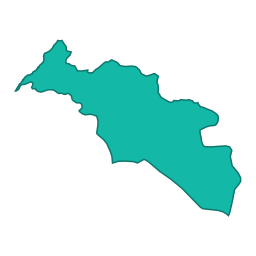 the district of Dar'a, Dar`a, Syria
{"feature_id": "27442178B67726505950673", "entity_name": "Dar'a", "entity_type": "district", "adm_level": 2, "iso_a3": "SYR", "parent_name": "Syria", "parent_adm1": "Dar`a", "projection": "robinson", "projection_center": [36.022, 32.622], "detail": "fine", "context": "isolated", "style": "filled", "palette": "teal", "viewbox_px": 256, "rotation_deg": 0, "n_neighbors": 0, "source": "geoboundaries", "source_scale": "gbopen_adm2", "svg_char_len": 4540}
<svg xmlns="http://www.w3.org/2000/svg" viewBox="0 0 256 256"><path d="M61.9,40.4L60.8,40.9L57.7,40.5L56.8,42.3L55.4,43.8L54.0,45.1L53.9,45.4L53.8,45.5L53.7,45.8L53.6,46.0L53.5,46.3L53.4,46.3L53.4,46.5L53.2,46.6L53.2,46.8L53.0,47.0L52.9,47.2L52.8,47.4L52.8,47.5L52.7,47.6L52.5,47.9L52.4,48.0L52.1,48.3L52.0,48.6L51.9,48.7L51.8,48.8L51.7,48.9L51.6,49.0L51.4,49.2L51.3,49.4L51.2,49.5L50.9,49.8L50.7,49.9L50.6,50.1L50.4,50.2L50.3,50.3L50.1,50.5L49.8,50.7L49.6,50.9L49.5,51.0L49.4,51.1L49.2,51.2L49.0,51.3L48.9,51.4L48.8,51.5L48.6,51.6L48.4,51.7L48.1,51.8L47.9,51.9L47.7,52.1L47.4,52.2L47.2,52.3L46.8,52.5L46.5,52.6L46.2,52.7L46.0,52.8L45.8,52.9L45.6,52.9L45.4,53.0L45.2,53.0L44.1,54.3L43.5,56.4L43.5,56.6L43.7,56.9L43.9,57.4L43.9,57.6L43.9,58.4L43.9,58.6L43.8,58.9L43.8,59.1L43.8,59.3L44.0,59.7L44.0,60.0L43.8,61.0L43.4,61.5L43.1,61.8L43.0,62.0L42.9,62.1L43.0,62.3L43.0,62.5L42.8,62.8L42.6,63.0L42.4,63.1L42.2,63.3L42.0,63.2L41.9,63.3L41.8,63.7L41.0,64.1L40.8,64.5L40.7,64.7L40.5,64.8L40.2,64.9L39.9,65.1L39.7,65.4L39.7,65.6L39.0,66.3L38.9,66.5L39.1,67.0L39.1,67.3L38.8,67.5L38.7,67.6L38.4,67.4L38.2,67.2L37.8,67.3L37.7,67.5L37.8,67.8L37.8,68.1L37.7,68.2L37.6,68.3L37.5,68.5L37.3,68.7L37.1,68.8L36.9,68.9L36.8,69.0L37.0,69.3L37.1,69.5L36.8,69.7L36.7,69.6L36.4,69.8L36.4,70.0L36.2,70.3L35.9,70.5L35.7,70.6L35.4,70.5L35.0,70.7L34.9,70.9L34.8,71.2L34.5,71.2L34.0,71.6L33.1,71.9L32.9,72.1L32.7,72.4L32.6,72.6L32.6,72.9L32.6,73.1L32.7,73.3L32.6,73.5L32.3,73.7L31.8,73.9L31.3,73.8L31.0,74.0L30.8,74.2L30.6,74.6L30.1,75.0L29.5,75.0L28.6,74.9L27.9,75.0L27.4,75.5L26.4,75.9L26.2,76.2L26.0,76.7L25.0,77.1L24.8,77.3L24.4,78.0L24.0,78.4L23.9,78.7L23.8,79.0L23.7,79.2L23.7,79.5L23.5,79.8L23.3,79.8L23.0,79.7L22.8,79.7L22.8,80.0L22.8,80.4L22.9,80.8L22.7,81.0L22.1,81.2L21.9,81.2L21.7,81.5L21.5,81.8L21.1,82.9L20.3,83.5L19.6,83.9L19.3,84.4L16.2,89.6L15.4,91.0L16.0,91.0L17.9,89.9L19.2,88.4L20.0,86.5L20.3,85.9L21.7,84.7L24.6,84.3L25.7,84.0L30.8,81.8L32.6,82.8L32.8,83.9L33.0,84.6L31.6,87.4L32.5,88.9L33.0,88.8L35.2,88.5L36.0,90.0L37.8,91.3L38.5,91.5L40.3,92.0L42.0,91.9L43.6,91.3L47.9,89.8L52.5,89.8L54.8,90.7L57.1,92.6L59.0,93.5L59.3,93.4L61.2,93.1L64.4,94.4L66.0,94.2L67.3,93.5L69.0,93.7L71.4,95.9L72.2,99.5L73.2,100.7L76.4,102.8L79.7,102.9L81.1,103.7L82.0,105.0L82.1,107.9L79.1,110.7L79.4,111.5L82.1,113.6L85.1,114.8L89.9,114.3L92.5,114.6L96.1,115.9L96.2,116.0L97.1,117.2L98.0,121.1L97.9,125.1L96.7,133.1L97.2,134.1L99.6,136.2L103.5,139.5L106.8,143.6L110.8,152.6L112.0,156.8L112.5,163.1L118.2,161.3L121.6,161.2L123.6,161.1L124.7,161.1L133.5,161.6L137.3,163.0L139.0,162.1L143.6,159.5L145.0,159.6L148.5,161.8L155.4,167.7L159.8,171.5L160.3,171.8L170.6,179.0L174.9,182.5L182.1,188.4L192.4,199.0L200.2,207.0L202.8,208.7L218.0,210.4L222.7,211.7L226.3,213.7L228.4,215.6L229.2,214.1L230.0,211.6L230.6,208.6L231.2,206.4L232.4,200.9L232.7,199.4L233.5,194.8L234.1,192.6L234.4,190.2L235.2,188.7L238.9,184.2L240.6,181.4L240.6,178.8L240.4,177.4L239.3,175.1L238.0,172.8L232.2,165.8L231.8,163.9L230.8,159.0L230.3,156.6L231.8,150.3L229.6,146.9L225.8,145.9L222.3,146.1L218.0,146.4L210.8,146.9L206.2,146.7L203.7,146.3L202.5,144.1L201.4,140.8L201.3,138.7L200.1,133.1L200.0,130.0L206.3,126.9L209.0,126.0L214.9,125.3L216.6,124.0L218.0,121.1L218.3,118.7L218.0,115.7L215.7,113.4L211.8,110.8L208.2,109.5L205.6,108.4L203.3,107.4L200.6,106.8L198.6,104.5L197.9,102.7L197.4,103.0L194.3,103.0L192.1,100.6L190.5,100.4L188.9,99.6L188.7,99.6L186.9,100.2L180.7,99.7L178.6,100.9L173.8,100.5L173.6,100.7L172.6,102.1L171.0,102.4L169.0,101.9L164.3,99.3L160.8,97.0L158.9,93.5L158.0,92.6L158.0,92.4L158.1,92.1L158.1,91.9L158.2,91.7L158.2,91.4L158.2,91.2L158.3,91.1L158.3,90.9L158.3,90.7L158.3,90.4L158.4,90.2L158.4,89.9L158.4,89.7L158.4,89.3L158.4,89.2L158.4,88.8L158.4,88.7L158.4,88.4L158.4,88.2L158.4,87.9L158.4,87.6L158.3,87.3L158.3,87.1L158.3,86.9L158.2,86.7L158.2,86.4L158.1,86.1L158.1,85.8L158.1,85.7L158.0,85.3L158.0,85.2L157.9,85.0L157.9,84.8L157.8,84.7L157.7,84.4L157.6,84.1L157.6,83.9L157.5,83.7L157.4,83.5L157.4,83.4L157.3,83.2L157.2,83.0L157.2,82.9L157.1,82.7L156.9,82.4L157.5,79.3L158.4,76.2L154.8,73.7L153.3,73.8L151.9,74.5L149.6,75.2L146.5,76.2L142.0,74.1L141.2,73.3L139.3,69.8L136.7,67.4L135.4,66.6L132.1,66.1L125.1,66.5L120.1,65.7L117.8,62.9L115.8,61.7L111.6,59.9L111.1,60.1L108.2,62.1L106.4,61.8L104.7,62.4L98.6,67.8L95.6,69.6L92.7,72.6L89.3,73.0L87.3,71.9L87.8,70.1L81.7,71.0L77.5,70.9L74.8,66.0L71.3,65.4L69.4,63.9L68.2,63.9L65.9,62.9L65.9,60.7L66.6,58.6L70.1,54.9L71.2,52.0L66.4,50.8L66.2,46.8L63.2,42.5L61.9,40.4Z" fill="#14b8a6" stroke="#0f766e" stroke-width="1.5"/></svg>